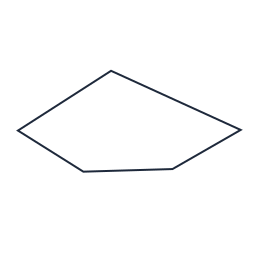 George Hill, Robinson projection, rotated 60°
{"feature_id": "AIA-5116", "entity_name": "George Hill", "entity_type": "District", "adm_level": 1, "iso_a3": "AIA", "parent_name": "Anguilla", "parent_adm1": "", "projection": "robinson", "projection_center": [-63.068, 18.211], "detail": "fine", "context": "isolated", "style": "outline", "palette": "slate", "viewbox_px": 256, "rotation_deg": 60, "n_neighbors": 0, "source": "natural_earth", "source_scale": "10m", "svg_char_len": 233}
<svg xmlns="http://www.w3.org/2000/svg" viewBox="0 0 256 256"><g transform="rotate(60 128 128)"><path d="M70.0,114.1L186.0,31.4L185.8,110.0L143.5,188.5L75.2,224.6L70.0,114.1Z" fill="none" stroke="#1e293b" stroke-width="2"/></g></svg>